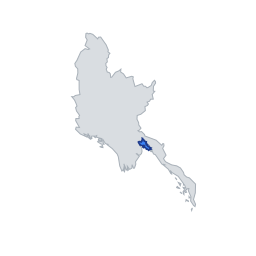 Thaton, Mon, Myanmar (highlighted), rotated 331°
{"feature_id": "60261553B13890911859525", "entity_name": "Thaton", "entity_type": "district", "adm_level": 2, "iso_a3": "MMR", "parent_name": "Myanmar", "parent_adm1": "Mon", "projection": "albers", "projection_center": [97.318, 17.108], "detail": "fine", "context": "in_parent", "style": "filled", "palette": "blue", "viewbox_px": 256, "rotation_deg": 331, "n_neighbors": 0, "source": "geoboundaries", "source_scale": "gbopen_adm2", "svg_char_len": 6773}
<svg xmlns="http://www.w3.org/2000/svg" viewBox="0 0 256 256"><g transform="rotate(331 128 128)"><path d="M164.1,115.0L161.7,113.8L159.9,115.0L157.2,114.6L157.5,116.9L155.9,117.7L153.2,117.5L151.6,121.2L145.9,122.2L142.1,121.5L140.1,124.7L139.9,128.4L138.9,130.6L139.3,134.4L136.9,135.4L135.4,135.2L136.2,137.0L138.1,137.7L139.3,141.7L138.9,143.2L146.7,152.3L149.1,159.5L151.0,158.5L151.6,159.2L150.8,161.1L148.4,162.6L148.1,170.2L144.2,172.0L144.3,174.5L144.8,176.3L148.3,181.4L152.3,184.8L154.5,188.4L155.0,193.8L154.4,196.1L155.5,199.3L157.5,201.4L159.9,209.8L155.4,217.4L150.6,222.3L150.1,227.5L148.5,229.2L147.8,227.6L147.4,222.2L149.7,218.7L150.4,212.0L151.9,210.6L151.1,209.9L149.2,210.4L149.9,205.0L148.8,204.8L149.6,203.7L148.5,194.6L144.9,188.3L144.4,185.6L143.8,189.3L143.4,188.6L143.3,183.6L141.2,178.1L141.4,177.7L142.4,178.1L141.5,176.9L140.8,177.2L140.1,175.8L139.0,164.6L137.7,163.0L138.2,158.1L139.2,156.9L135.4,157.4L133.7,153.3L133.6,151.0L129.9,147.6L130.5,148.7L129.9,149.8L130.5,151.7L128.9,155.3L127.4,156.9L125.4,157.5L123.8,156.5L123.4,154.6L122.8,154.6L124.2,158.2L118.2,161.2L117.3,163.4L114.2,166.2L113.3,165.8L113.8,162.0L111.9,165.0L109.4,165.0L108.9,161.0L107.9,163.3L106.4,164.0L107.0,157.3L106.5,159.2L104.1,161.9L101.8,162.7L102.4,157.2L105.6,148.4L105.9,145.5L104.3,138.5L101.7,132.5L102.5,132.5L100.7,130.7L100.5,126.4L99.3,127.9L99.2,130.6L96.8,129.2L94.7,125.3L95.6,125.0L98.1,126.9L99.6,125.9L100.0,124.6L96.0,120.8L97.0,119.4L95.7,119.4L92.3,117.5L91.3,117.8L91.7,119.4L91.0,119.8L89.7,117.4L90.7,116.2L89.9,116.2L90.5,114.1L90.1,113.7L88.5,116.5L87.5,115.8L88.6,114.4L88.2,113.6L86.8,111.9L86.9,114.9L83.4,110.1L81.5,103.7L83.1,102.1L85.8,104.0L85.8,96.2L87.0,94.5L89.8,96.0L90.7,94.0L91.8,93.5L91.2,88.1L92.1,84.7L94.0,84.1L94.5,81.3L94.8,77.6L94.0,73.3L95.7,74.4L97.6,74.0L102.2,75.5L103.9,70.7L108.3,62.7L106.7,60.9L107.0,59.7L110.8,55.6L112.7,51.9L111.9,48.5L112.8,45.8L116.1,44.1L123.5,38.6L128.9,37.8L131.2,40.0L132.7,40.2L130.4,35.1L135.0,31.2L134.9,28.2L137.0,25.0L138.2,25.1L139.3,26.7L140.5,26.7L142.6,29.0L144.7,35.4L146.2,34.3L148.2,35.2L149.2,44.7L148.6,50.3L147.4,51.6L148.4,53.9L146.5,54.7L145.1,56.9L143.2,57.1L141.9,60.2L139.9,60.7L138.9,63.0L139.1,64.9L137.5,65.9L137.0,69.0L138.4,70.3L138.8,71.9L137.4,75.4L138.6,75.6L144.0,73.2L147.8,73.6L150.3,73.1L148.7,75.4L150.3,78.5L150.7,83.3L156.4,84.6L157.4,85.8L156.1,87.3L154.2,95.1L161.7,96.1L162.0,99.0L163.6,100.1L163.9,101.8L164.9,102.3L168.9,102.1L171.3,100.0L174.3,99.1L174.5,100.8L173.9,102.1L170.5,103.9L168.3,107.4L168.2,108.2L169.2,108.9L165.4,110.4L164.1,115.0ZM97.1,123.3L99.5,124.8L99.0,125.8L97.4,125.9L96.3,124.0L97.1,123.3ZM145.6,200.0L147.3,202.3L145.7,203.8L145.6,200.0ZM96.6,133.0L95.4,132.1L94.5,130.9L97.2,131.0L96.6,133.0ZM148.0,209.7L148.1,212.6L147.0,212.3L146.4,209.8L148.0,209.7ZM105.4,162.8L103.7,164.6L103.5,163.0L105.8,160.7L105.4,162.8ZM137.6,160.4L136.6,159.8L136.4,158.1L137.2,157.6L137.8,158.4L137.6,160.4ZM144.7,213.3L144.5,212.3L145.6,209.9L145.4,212.0L144.7,213.3ZM144.1,218.8L145.5,221.0L145.3,221.5L144.0,219.7L143.2,219.9L144.1,218.8ZM148.9,208.0L147.5,208.6L147.4,206.6L148.9,208.0ZM145.6,229.1L143.7,231.0L143.9,229.9L145.6,229.1ZM89.3,117.7L89.9,120.1L88.8,117.3L89.3,117.7ZM145.6,195.4L145.6,197.2L145.1,194.2L145.6,195.4ZM94.8,119.5L95.0,121.1L94.0,118.9L94.8,119.5ZM143.8,205.9L142.7,205.0L143.0,204.3L143.6,204.5L143.8,205.9ZM143.0,203.2L142.3,204.5L141.6,203.7L142.1,203.2L143.0,203.2ZM143.2,210.5L143.2,211.6L142.4,209.1L143.2,210.5ZM107.9,165.0L107.2,165.0L108.2,163.8L108.3,164.2L107.9,165.0ZM148.3,219.0L147.5,218.8L148.1,217.6L148.3,219.0Z" fill="#d9dde1" stroke="#a8b0b8" stroke-width="1"/><path d="M130.2,148.3L130.3,148.3L130.2,148.5L130.3,148.6L130.5,148.7L130.8,148.6L130.9,148.9L130.8,149.1L130.8,149.3L130.9,149.5L131.0,149.5L131.2,149.8L131.3,149.8L131.8,150.1L132.1,150.4L132.1,150.5L132.1,150.9L132.0,151.3L131.9,151.5L131.7,151.9L131.8,152.0L132.1,152.5L132.3,152.9L132.3,153.0L132.5,153.0L132.6,152.9L132.8,152.6L132.7,152.3L132.6,152.2L132.7,151.8L132.8,151.6L132.7,151.3L132.7,151.2L132.8,151.0L132.9,150.8L132.9,150.7L133.2,150.7L133.3,150.8L133.1,150.8L133.0,151.1L133.2,151.3L133.3,151.4L133.3,151.6L133.3,151.8L133.3,152.0L133.2,152.5L133.3,152.8L133.5,152.9L133.5,153.0L133.5,153.3L133.7,153.5L133.8,153.9L133.8,154.0L133.9,154.4L133.9,154.7L133.8,155.0L133.9,155.3L134.0,155.3L134.0,155.5L133.9,155.6L134.0,155.7L134.2,155.8L134.3,155.8L134.2,155.7L134.5,155.9L134.6,156.0L134.8,155.9L134.9,156.1L134.9,156.4L135.0,156.6L135.0,156.8L135.2,157.1L135.2,157.4L135.3,157.6L135.7,157.4L135.8,157.3L136.1,157.2L136.4,157.2L136.5,157.2L136.8,157.2L137.0,157.1L137.4,157.2L137.5,157.2L137.7,157.3L137.8,157.3L138.0,157.4L137.9,157.0L137.9,156.7L137.9,156.3L138.0,156.2L137.9,155.9L138.0,155.9L137.8,155.7L137.6,155.4L137.6,155.2L137.4,155.2L137.4,154.9L137.3,154.6L137.2,154.3L136.9,154.3L136.8,154.1L137.0,153.9L136.9,153.9L136.7,153.8L136.6,153.7L136.6,153.4L136.5,153.5L136.4,153.5L136.4,153.4L136.5,153.3L136.5,153.1L136.4,153.0L136.4,152.9L136.5,152.9L136.5,152.7L136.4,152.7L136.3,152.4L136.2,152.3L136.2,152.2L136.3,152.1L136.3,151.9L136.2,151.9L136.3,151.9L136.2,151.8L136.1,151.7L136.3,151.8L136.4,151.7L136.5,151.7L136.4,151.6L136.5,151.6L136.5,151.4L136.4,151.3L136.4,151.2L136.5,151.1L136.4,151.2L136.5,151.2L136.6,150.9L136.8,150.9L136.8,150.7L136.8,150.4L136.8,150.2L136.7,150.2L136.7,149.8L136.7,149.7L136.8,149.8L136.8,149.7L136.7,149.7L136.8,149.6L136.7,149.5L136.8,149.4L136.7,149.4L136.7,149.2L136.6,149.3L136.6,149.2L136.7,148.9L136.8,148.9L136.8,148.7L136.7,148.6L136.7,148.3L136.5,148.2L136.5,148.3L136.5,148.2L136.4,148.1L136.5,148.1L136.4,148.0L136.4,147.9L136.2,147.7L136.1,147.4L136.1,147.2L136.0,146.9L136.1,146.6L136.0,146.4L136.1,146.1L135.9,145.9L135.7,145.9L135.6,145.7L135.5,145.3L135.4,145.3L135.4,145.1L135.4,144.9L135.4,144.5L135.5,144.5L135.7,144.4L135.8,144.2L135.7,144.1L135.7,144.3L135.5,144.1L135.4,144.1L135.3,144.6L135.2,144.6L135.1,144.8L135.0,145.0L134.8,145.3L134.8,145.5L134.7,145.5L134.6,145.4L134.4,145.3L134.2,145.4L134.2,145.5L134.0,145.8L134.0,146.0L133.9,146.0L133.7,146.2L133.3,146.4L133.2,146.3L132.9,146.5L132.7,146.7L132.4,146.4L132.5,146.2L132.4,146.0L132.2,146.0L132.1,145.9L131.8,145.8L131.7,145.7L131.5,145.4L131.4,145.4L131.2,145.3L131.0,145.2L130.9,145.2L130.8,145.3L130.8,145.2L130.7,145.2L130.6,145.3L130.5,145.2L130.4,145.2L130.3,145.3L130.2,145.3L130.2,145.5L130.2,145.8L130.1,146.0L130.1,146.4L130.2,146.6L130.1,147.2L130.3,147.5L130.4,147.8L130.3,148.0L130.2,148.3ZM137.7,157.4L137.3,157.4L137.5,157.5L137.5,157.4L137.7,157.6L137.8,157.6L137.7,157.4ZM137.0,157.3L137.1,157.2L136.9,157.1L136.8,157.3L137.0,157.3ZM137.1,157.4L137.1,157.5L137.3,157.5L137.3,157.4L137.1,157.4Z" fill="#3b82f6" stroke="#1e3a8a" stroke-width="1.5"/></g></svg>